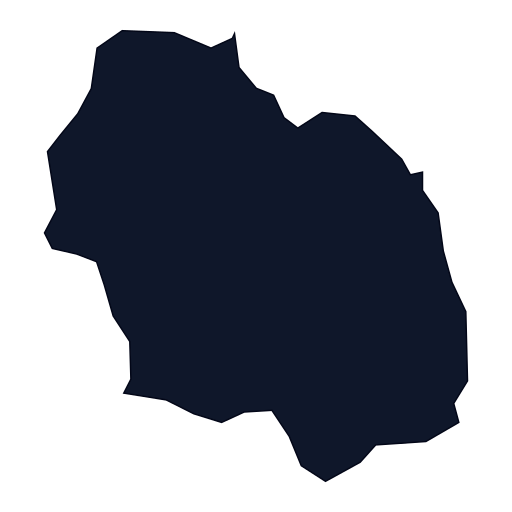 Skinnskatteberg, Västmanland, Sweden (Mercator projection)
{"feature_id": "70781695B12351867111175", "entity_name": "Skinnskatteberg", "entity_type": "district", "adm_level": 2, "iso_a3": "SWE", "parent_name": "Sweden", "parent_adm1": "Västmanland", "projection": "mercator", "projection_center": [15.738, 59.815], "detail": "fine", "context": "isolated", "style": "filled", "palette": "ink", "viewbox_px": 512, "rotation_deg": 0, "n_neighbors": 0, "source": "geoboundaries", "source_scale": "gbopen_adm2", "svg_char_len": 735}
<svg xmlns="http://www.w3.org/2000/svg" viewBox="0 0 512 512"><path d="M47.5,151.6L56.7,209.7L44.5,232.9L52.3,248.4L76.6,254.0L96.6,261.7L104.3,285.0L113.2,316.0L129.8,341.5L130.9,379.2L123.8,393.1L166.2,399.9L193.9,413.8L221.6,422.4L244.2,412.0L271.9,410.3L289.2,436.3L301.3,465.7L325.5,481.3L360.2,462.2L375.7,444.9L425.9,441.5L458.8,422.4L458.6,421.6L453.7,403.4L467.5,380.9L465.8,311.6L451.9,282.2L443.3,251.0L438.1,212.9L422.5,190.4L422.5,172.1L410.4,174.8L401.7,159.2L372.3,131.5L355.0,116.0L322.1,112.5L297.8,128.1L284.0,117.7L273.6,95.2L256.3,88.3L239.0,67.5L234.5,33.7L232.3,38.4L211.0,48.1L174.3,32.7L122.2,30.7L97.1,48.1L91.3,88.6L77.8,113.7L60.4,135.0L47.5,151.6Z" fill="#0f172a" stroke="#020617" stroke-width="1.5"/></svg>